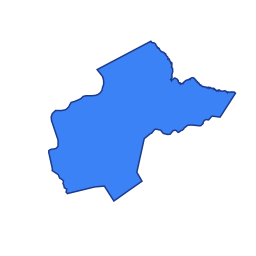 Ngchesechang, Airai, Palau, rotated 303°
{"feature_id": "81905179B88239301587184", "entity_name": "Ngchesechang", "entity_type": "district", "adm_level": 2, "iso_a3": "PLW", "parent_name": "Palau", "parent_adm1": "Airai", "projection": "albers", "projection_center": [134.583, 7.399], "detail": "fine", "context": "isolated", "style": "filled", "palette": "blue", "viewbox_px": 256, "rotation_deg": 303, "n_neighbors": 0, "source": "geoboundaries", "source_scale": "gbopen_adm2", "svg_char_len": 5657}
<svg xmlns="http://www.w3.org/2000/svg" viewBox="0 0 256 256"><g transform="rotate(303 128 128)"><path d="M40.0,112.9L60.4,132.1L66.4,139.8L59.1,155.9L76.7,162.9L91.0,168.7L95.7,159.5L127.9,147.4L135.1,149.7L136.8,150.7L141.3,151.1L142.3,152.1L143.1,154.3L144.0,156.6L143.4,158.0L143.2,158.7L142.7,160.7L143.5,162.9L144.1,164.6L145.0,165.9L145.9,166.8L149.5,167.1L150.3,167.4L151.8,168.5L152.1,170.0L151.6,172.4L152.5,173.1L154.5,173.7L155.8,174.7L157.2,175.2L158.4,175.1L159.7,175.5L162.6,176.5L163.3,177.2L164.1,178.2L165.6,180.5L168.6,186.4L169.2,187.3L169.8,187.9L170.9,188.1L171.9,188.4L172.7,188.5L173.6,188.0L174.8,187.9L175.6,187.8L176.9,188.4L177.7,189.0L178.6,191.1L179.4,191.3L183.0,191.8L183.9,192.3L187.3,199.3L215.7,199.2L215.8,198.8L215.8,198.0L216.0,197.7L215.9,197.4L215.7,197.0L215.5,196.9L215.5,196.6L215.1,196.0L214.9,195.8L214.6,195.7L214.5,194.9L214.4,194.8L214.3,194.6L214.0,194.4L213.8,194.3L213.7,194.2L213.3,193.7L213.1,193.6L213.1,193.2L213.0,192.9L212.8,192.8L212.8,192.6L212.8,192.4L212.7,192.1L212.4,191.8L212.1,191.9L212.3,191.6L212.2,191.3L212.1,191.2L211.7,191.0L211.7,190.9L211.9,190.7L212.2,190.1L212.0,189.7L212.1,189.3L211.9,189.0L211.8,188.6L211.5,188.3L210.7,187.8L210.5,187.5L210.3,187.2L210.2,186.8L209.9,186.2L209.7,186.0L209.4,185.6L209.2,185.4L209.5,185.2L209.6,184.6L209.6,183.8L209.3,183.5L209.1,183.0L208.7,182.9L208.3,183.3L208.1,183.4L208.1,183.1L207.9,183.1L207.8,182.8L207.8,182.3L207.6,182.2L207.9,182.0L207.8,181.7L207.6,181.6L207.5,181.2L207.3,181.0L207.4,180.8L207.6,180.5L207.8,180.3L207.6,179.9L207.7,179.6L207.5,179.4L207.9,179.2L208.1,178.9L207.9,178.1L207.5,178.0L207.3,178.0L207.5,177.7L207.3,177.3L207.1,176.9L206.9,176.3L206.8,175.9L206.7,175.3L206.4,175.2L206.6,175.0L206.7,174.7L206.3,174.5L206.4,174.4L206.1,174.1L205.8,174.1L206.0,173.9L205.9,173.2L205.6,173.0L205.7,172.9L205.4,172.7L205.2,172.7L204.9,172.8L204.8,172.5L205.1,172.4L205.1,172.2L204.9,172.0L204.8,171.2L204.6,170.7L204.3,170.1L204.1,169.7L204.0,169.2L203.8,168.6L203.5,168.0L203.2,167.8L203.4,167.3L203.5,166.7L203.7,166.2L203.5,165.1L203.4,165.1L203.6,164.8L203.6,164.5L203.4,164.3L203.4,164.0L203.8,163.8L204.2,163.1L204.2,162.3L204.0,162.1L204.3,161.6L204.5,161.3L204.3,161.1L204.5,161.0L204.6,160.8L204.6,160.6L204.7,160.1L204.7,159.7L204.9,159.4L204.7,159.1L205.1,158.9L205.2,157.9L205.3,157.7L205.5,157.4L205.8,156.1L205.6,155.2L205.3,154.7L205.0,154.3L204.7,154.0L204.3,153.8L203.9,153.6L203.5,153.5L203.2,153.5L202.9,153.6L203.0,153.3L202.9,153.1L202.7,152.9L202.4,152.9L202.3,152.7L202.1,152.6L201.8,152.6L201.7,152.4L201.2,152.3L201.1,152.0L200.8,151.8L200.2,151.2L199.9,151.0L199.7,150.8L199.2,150.7L198.5,150.3L198.0,150.2L197.2,150.0L196.5,149.8L196.3,149.7L196.1,149.7L195.8,149.7L195.5,149.9L195.4,150.1L195.2,150.0L195.1,149.9L195.0,149.6L194.9,149.3L194.7,149.2L194.4,148.9L194.3,148.7L194.2,148.7L194.3,148.4L194.2,148.2L194.1,147.9L193.5,147.9L194.0,147.4L194.2,147.2L194.2,146.9L194.1,146.6L193.9,146.4L193.7,146.4L193.8,146.1L193.7,145.9L193.9,145.5L194.1,144.9L194.5,144.7L195.0,144.5L195.3,144.1L195.3,143.5L195.4,143.3L195.5,143.0L195.7,142.5L195.7,142.0L195.6,141.5L195.5,141.3L195.6,141.0L195.6,140.7L195.4,140.0L195.1,139.8L194.8,139.6L194.6,139.5L194.3,139.4L193.9,139.3L193.5,139.2L193.3,139.1L193.0,138.9L192.6,138.9L192.3,138.7L192.1,138.9L192.0,139.1L191.9,139.3L191.9,139.0L191.8,138.8L191.5,138.8L191.6,138.7L191.8,138.5L191.8,138.3L191.7,138.1L191.8,138.0L191.7,137.9L191.7,137.7L191.9,137.3L192.1,137.4L192.4,137.5L192.7,137.4L193.3,137.4L194.1,137.4L194.4,137.4L194.7,137.2L194.9,137.1L195.4,136.6L196.0,136.2L196.2,135.9L196.7,135.7L197.5,135.4L198.2,135.2L198.9,135.1L199.2,135.0L199.6,134.8L200.0,134.7L200.4,134.2L200.6,133.9L200.8,133.8L201.0,133.7L201.6,133.5L201.9,133.2L202.1,133.0L202.3,132.7L202.3,132.3L202.6,132.1L202.7,131.8L202.9,131.6L203.0,131.4L203.0,131.2L203.3,131.3L203.4,131.1L203.6,131.0L204.0,130.8L204.6,130.6L205.1,130.3L205.5,130.0L205.5,129.9L205.9,129.7L205.6,129.2L206.1,129.2L206.4,129.3L206.5,129.1L206.6,128.8L206.6,128.5L206.5,128.3L206.2,128.1L206.5,127.8L206.8,127.4L207.0,126.8L206.9,126.3L207.1,126.0L207.6,125.8L207.9,125.6L208.1,125.2L208.3,124.8L208.1,124.5L207.8,124.3L207.6,124.3L207.4,124.0L207.6,123.9L207.9,124.1L208.1,123.9L208.3,123.6L208.4,123.4L208.5,123.3L208.9,123.0L209.1,122.8L209.1,122.4L209.3,122.1L209.3,121.2L209.7,120.7L209.7,120.3L209.9,120.1L210.1,119.8L210.5,119.4L210.7,119.0L210.7,118.8L210.7,118.5L210.5,118.2L210.2,118.1L210.2,117.9L210.7,117.6L210.8,116.9L210.7,116.5L210.7,115.7L210.6,115.4L210.3,115.2L210.2,114.8L210.4,114.3L210.4,114.0L210.4,113.8L210.5,113.5L210.6,112.9L210.7,112.4L210.8,112.0L210.9,111.7L211.1,111.6L211.3,111.4L211.6,111.1L211.5,110.7L211.8,110.2L211.8,109.8L211.6,109.6L211.3,109.4L211.5,109.2L211.4,108.8L211.5,108.7L212.0,108.3L212.1,108.0L212.3,107.2L212.5,106.7L212.8,106.3L212.8,106.1L213.0,105.9L213.3,105.7L213.4,105.2L213.5,104.8L213.6,104.6L213.6,103.9L213.5,103.3L213.4,102.9L213.2,102.7L212.9,102.4L212.7,102.2L212.8,101.4L212.7,101.1L212.6,100.8L212.7,100.7L212.9,100.7L213.1,100.6L213.2,100.4L213.2,100.1L213.2,99.9L160.2,70.3L157.4,78.5L154.9,81.4L151.6,83.7L147.8,84.7L145.5,85.6L142.6,85.6L139.8,84.6L137.6,82.9L135.3,80.0L132.4,75.5L130.1,73.2L127.0,72.5L124.3,70.9L123.9,70.6L121.1,68.7L118.5,66.4L116.0,66.5L113.4,66.8L110.8,66.2L109.2,65.6L106.3,62.6L103.4,58.0L103.2,57.7L98.9,56.7L95.5,57.5L92.6,59.8L79.8,75.9L74.6,79.3L71.9,78.9L69.8,77.1L68.5,75.3L67.3,74.5L65.9,73.9L64.3,74.9L52.8,86.6L51.0,87.7L50.9,94.9L48.7,98.1L48.9,100.1L48.6,102.6L46.1,103.7L44.7,105.7L43.2,107.1L43.4,109.9L40.5,111.0L40.0,112.9Z" fill="#3b82f6" stroke="#1e3a8a" stroke-width="1.5"/></g></svg>